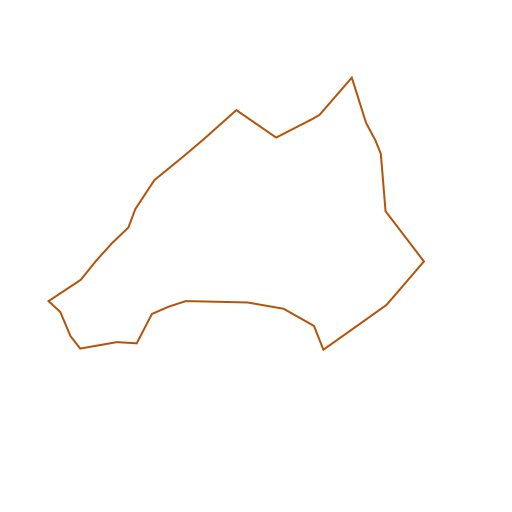 outline of Sant, Övörhangay, Mongolia, rotated 317°
{"feature_id": "93677404B89182419744120", "entity_name": "Sant", "entity_type": "district", "adm_level": 2, "iso_a3": "MNG", "parent_name": "Mongolia", "parent_adm1": "Övörhangay", "projection": "robinson", "projection_center": [103.758, 45.985], "detail": "fine", "context": "isolated", "style": "outline", "palette": "amber", "viewbox_px": 512, "rotation_deg": 317, "n_neighbors": 0, "source": "geoboundaries", "source_scale": "gbopen_adm2", "svg_char_len": 569}
<svg xmlns="http://www.w3.org/2000/svg" viewBox="0 0 512 512"><g transform="rotate(317 256 256)"><path d="M341.1,135.9L296.4,134.9L271.5,133.7L233.4,131.2L199.7,139.4L182.2,148.1L159.5,148.4L136.2,150.4L111.6,153.9L73.5,147.5L74.7,163.4L65.7,188.0L64.3,203.8L95.5,224.1L109.2,238.5L140.4,227.4L157.5,233.5L173.7,241.0L180.2,247.2L218.1,284.2L240.2,313.4L250.7,346.7L241.4,370.5L318.0,380.8L375.1,374.5L381.3,311.6L417.0,266.4L422.1,253.1L427.3,233.7L447.7,190.9L398.8,196.1L390.8,194.3L351.5,183.1L341.1,135.9Z" fill="none" stroke="#b45309" stroke-width="2"/></g></svg>